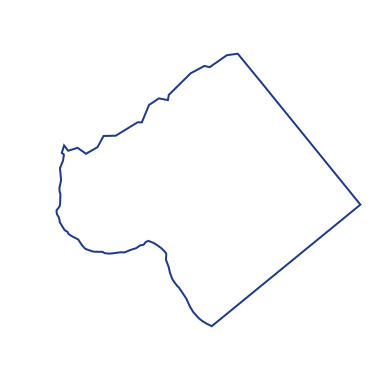 the district of Bon Homme, South Dakota, United States of America, rotated 51°
{"feature_id": "52423323B58231594942255", "entity_name": "Bon Homme", "entity_type": "district", "adm_level": 2, "iso_a3": "USA", "parent_name": "United States of America", "parent_adm1": "South Dakota", "projection": "mercator", "projection_center": [-97.963, 42.966], "detail": "fine", "context": "isolated", "style": "outline", "palette": "blue", "viewbox_px": 384, "rotation_deg": 51, "n_neighbors": 0, "source": "geoboundaries", "source_scale": "gbopen_adm2", "svg_char_len": 1223}
<svg xmlns="http://www.w3.org/2000/svg" viewBox="0 0 384 384"><g transform="rotate(51 192 192)"><path d="M113.3,69.4L107.6,78.9L106.1,99.7L101.8,103.1L98.9,118.4L101.9,148.9L105.4,152.9L98.4,158.8L97.3,170.6L106.3,187.1L103.6,190.4L100.2,215.9L92.8,225.5L97.7,237.2L95.6,250.3L85.7,253.1L82.0,262.3L75.3,262.1L79.7,268.6L81.9,268.0L82.4,268.1L86.4,272.4L90.3,279.4L91.0,280.0L99.7,285.8L101.1,287.1L105.5,292.6L108.5,294.7L110.8,295.6L117.6,301.4L119.6,303.6L120.3,305.5L120.9,308.6L122.3,309.8L124.5,311.0L127.6,311.4L128.8,311.9L131.0,312.8L131.9,313.7L139.8,314.8L141.6,314.9L144.8,313.8L146.3,314.3L147.2,314.3L150.7,313.2L157.3,310.3L164.2,311.0L168.0,310.8L169.4,310.5L175.4,306.8L177.1,305.3L182.2,299.2L184.6,298.3L187.7,295.2L189.4,292.8L194.1,285.1L196.0,283.1L196.7,281.8L198.3,276.3L200.5,270.8L200.9,265.8L202.3,263.4L202.4,261.8L201.9,260.4L201.8,259.3L202.5,256.7L206.8,254.2L210.2,252.9L215.9,251.3L220.8,250.7L223.3,250.7L224.5,251.4L228.3,254.9L233.7,256.7L235.3,257.2L241.0,260.0L247.2,262.1L251.5,262.5L256.3,262.6L257.9,262.3L271.1,263.5L279.7,265.7L286.1,266.6L294.2,266.2L298.8,265.2L303.7,263.4L308.7,261.1L307.8,69.1L151.4,69.2L113.3,69.4Z" fill="none" stroke="#1e3a8a" stroke-width="2"/></g></svg>